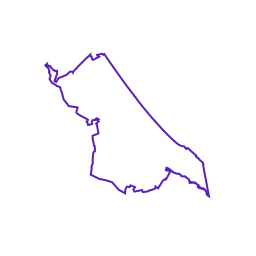 Tonalá, Chiapas, Mexico, rotated 198°
{"feature_id": "50627088B19211860628202", "entity_name": "Tonalá", "entity_type": "district", "adm_level": 2, "iso_a3": "MEX", "parent_name": "Mexico", "parent_adm1": "Chiapas", "projection": "mercator", "projection_center": [-93.916, 15.982], "detail": "fine", "context": "isolated", "style": "outline", "palette": "violet", "viewbox_px": 256, "rotation_deg": 198, "n_neighbors": 0, "source": "geoboundaries", "source_scale": "gbopen_adm2", "svg_char_len": 5021}
<svg xmlns="http://www.w3.org/2000/svg" viewBox="0 0 256 256"><g transform="rotate(198 128 128)"><path d="M149.1,72.1L139.4,70.7L136.1,71.2L135.5,71.1L132.5,71.5L126.3,71.5L117.8,66.4L110.6,65.0L111.3,67.8L111.4,70.5L110.8,72.0L108.3,72.2L107.9,74.2L103.1,73.9L103.2,73.2L103.8,71.1L103.7,71.0L102.5,69.5L101.0,70.2L95.5,73.3L94.2,71.7L93.2,72.0L89.4,73.9L89.3,74.0L88.8,74.6L88.4,75.3L86.8,76.1L83.5,78.7L83.5,79.2L83.8,80.9L80.7,79.9L78.6,88.8L77.5,89.9L76.5,90.3L76.8,91.3L75.8,91.6L74.5,99.1L75.1,100.3L75.3,100.4L75.5,100.4L75.8,100.2L76.1,100.3L76.1,100.0L76.9,100.1L77.4,99.8L77.6,100.0L78.1,99.6L78.3,99.8L79.0,99.8L79.1,102.0L78.7,101.9L78.1,102.1L77.7,102.1L76.8,101.8L75.9,101.8L75.0,101.3L74.4,101.2L74.1,100.8L73.4,100.6L73.2,100.4L73.1,100.5L72.9,100.5L72.6,100.4L72.5,100.2L72.3,100.1L72.2,100.3L71.3,100.0L70.2,99.6L69.3,99.8L69.2,99.7L68.9,99.6L68.3,99.6L67.6,99.8L66.4,99.7L66.0,99.8L65.8,100.1L65.5,100.1L65.2,100.2L64.4,100.1L63.6,99.6L63.4,99.6L62.9,99.2L62.7,99.2L62.6,98.9L61.9,99.0L61.4,98.9L60.7,99.1L60.2,99.0L59.3,99.4L59.2,99.6L58.5,99.4L58.1,99.3L57.9,99.0L57.3,99.0L56.4,98.8L55.9,98.5L55.3,98.3L53.9,97.7L53.7,97.4L53.4,96.8L53.4,96.6L53.2,96.6L53.1,96.3L52.8,96.2L52.6,95.9L52.9,95.4L52.9,95.2L53.0,95.2L52.8,95.1L52.8,95.5L52.5,95.9L52.3,95.7L52.3,95.3L52.1,95.3L52.3,95.7L52.2,95.9L52.1,96.0L51.8,96.0L51.3,96.1L51.0,96.1L50.6,96.1L50.5,95.9L50.4,96.0L50.2,95.9L50.1,96.2L49.6,96.2L49.4,96.3L49.4,96.2L49.2,96.2L49.2,96.4L48.8,96.4L48.7,96.3L48.3,96.5L48.0,96.4L47.7,96.5L47.7,96.2L47.6,96.4L47.2,96.4L47.2,96.2L47.1,96.4L46.9,96.1L46.7,96.1L46.4,96.4L46.0,96.3L45.8,96.2L45.7,95.8L45.8,95.7L45.5,95.8L45.8,96.1L45.4,96.2L45.1,95.9L44.9,95.8L44.9,95.7L44.8,95.4L44.8,95.5L44.7,95.6L44.8,95.6L44.6,95.6L44.4,95.5L44.2,95.5L43.9,95.3L43.9,95.1L44.1,95.1L44.0,94.9L43.8,95.2L43.5,95.1L43.2,95.1L42.9,95.0L42.8,94.7L43.1,94.4L42.9,94.5L43.0,94.6L42.9,94.6L42.7,94.5L42.7,94.3L42.5,94.1L42.6,93.9L42.5,94.2L42.2,94.1L42.2,93.9L42.2,93.7L42.4,93.8L42.6,93.5L42.4,93.5L42.1,93.7L41.8,93.9L41.5,93.8L41.5,93.6L41.4,93.7L41.2,93.5L41.2,93.4L41.2,93.2L41.4,93.1L41.4,92.7L41.3,93.0L41.0,93.0L40.9,93.2L41.1,93.4L41.0,93.5L40.9,93.4L40.6,93.4L40.4,93.2L40.5,93.0L40.5,92.9L40.4,92.8L40.5,92.9L40.2,93.2L39.6,93.2L39.6,92.8L39.6,92.7L39.6,92.9L39.4,92.7L39.5,93.0L39.4,93.2L39.2,93.2L39.3,93.3L39.2,93.2L38.8,93.6L38.7,93.6L38.4,93.7L38.2,93.7L38.1,93.4L38.0,93.5L37.7,93.4L37.6,93.6L36.8,93.6L36.4,93.4L36.3,93.2L36.3,93.3L36.1,93.2L36.0,92.9L35.6,92.8L35.6,93.0L35.3,92.8L35.1,92.3L34.6,92.1L33.9,92.0L33.8,91.8L33.7,91.9L33.6,91.7L33.7,91.4L33.6,91.2L33.4,90.9L33.4,90.5L33.6,90.4L33.4,90.4L33.2,90.1L32.6,89.1L32.4,89.1L31.8,88.7L31.2,88.4L30.9,88.3L30.6,88.4L30.5,88.2L30.5,88.4L30.0,88.2L45.1,115.9L45.0,116.7L45.6,117.1L45.9,117.9L46.4,118.1L47.3,118.7L48.7,119.3L49.5,119.6L50.8,120.3L51.3,120.8L52.0,120.9L52.4,121.2L53.6,121.4L53.9,121.7L54.6,121.9L54.6,122.8L64.0,126.9L64.4,127.2L65.1,127.5L65.5,127.1L65.7,126.4L65.9,126.2L66.2,126.1L67.6,126.9L67.7,127.1L68.0,127.4L69.0,127.9L70.1,127.7L70.6,127.4L71.0,127.4L72.9,127.5L73.8,127.6L75.1,127.9L77.5,128.8L85.2,132.3L93.6,136.6L108.6,145.2L121.7,153.5L127.5,157.4L130.4,159.6L130.8,159.7L131.9,160.4L132.3,160.9L138.7,165.2L143.7,168.7L155.0,177.0L165.9,185.2L173.4,191.0L174.0,190.0L175.5,190.6L180.0,188.0L179.5,187.4L177.5,186.8L182.4,181.9L182.7,182.0L182.9,182.4L183.7,182.8L184.0,183.4L184.4,183.8L184.5,184.3L184.9,184.9L185.2,184.9L185.8,184.7L186.1,184.8L186.5,186.2L189.7,180.5L194.4,171.3L195.1,169.4L195.8,168.2L197.3,165.1L197.4,163.9L197.7,164.3L197.9,164.3L200.0,164.0L201.3,162.6L202.4,160.2L203.5,159.0L206.4,156.5L207.3,155.8L209.5,153.9L209.6,153.6L210.3,150.6L210.6,149.6L212.4,149.9L212.2,157.7L212.2,157.9L213.2,160.4L214.7,160.0L215.1,159.5L215.6,160.0L216.1,160.0L216.5,160.3L217.2,160.3L218.5,161.0L218.8,161.2L219.1,161.3L220.2,161.9L221.0,162.8L221.8,162.9L222.5,162.6L223.4,162.8L224.0,162.7L224.5,162.9L224.8,163.2L224.9,163.8L225.7,162.6L225.9,162.5L226.0,162.3L225.9,162.2L225.6,162.1L225.6,161.7L224.7,161.3L224.0,160.8L223.4,161.0L223.0,161.3L222.8,161.3L222.3,160.6L221.9,159.5L221.4,159.2L220.9,158.5L220.5,158.3L220.3,157.9L220.6,157.0L220.5,156.7L220.0,156.1L219.6,155.9L219.4,155.6L219.1,155.1L218.9,154.9L218.7,154.7L218.4,154.6L218.0,154.3L217.8,153.7L217.8,153.2L217.7,152.9L217.8,151.8L217.7,150.6L217.6,150.1L215.8,148.6L213.8,147.3L210.4,146.7L209.4,146.3L208.8,146.0L205.1,145.9L204.5,144.7L201.0,140.0L198.9,136.6L198.4,136.0L198.2,135.4L191.8,131.1L191.2,130.5L182.3,132.0L182.0,127.0L181.5,126.4L179.7,125.7L176.7,125.0L168.8,123.6L168.6,123.3L168.6,122.9L169.3,121.1L168.2,120.5L166.9,118.5L163.4,120.7L164.4,122.8L164.2,124.4L160.9,125.9L161.6,126.5L161.4,126.8L160.5,127.7L158.5,127.1L159.3,126.0L157.9,125.1L158.8,123.9L159.6,122.2L158.9,122.2L154.5,113.8L155.0,113.1L159.3,109.7L158.4,107.1L154.8,100.7L154.3,100.7L152.8,97.5L152.3,95.6L153.1,95.1L153.3,92.9L151.5,85.8L150.6,83.5L150.7,80.4L150.8,80.3L149.7,76.8L149.1,72.1Z" fill="none" stroke="#5b21b6" stroke-width="2"/></g></svg>